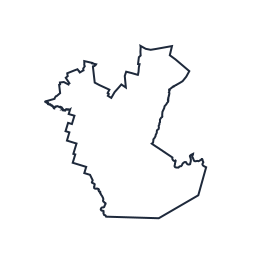 Lampazos de Naranjo, Nuevo León, Mexico, rotated 197°
{"feature_id": "50627088B62674122669839", "entity_name": "Lampazos de Naranjo", "entity_type": "district", "adm_level": 2, "iso_a3": "MEX", "parent_name": "Mexico", "parent_adm1": "Nuevo León", "projection": "natural_earth1", "projection_center": [-100.346, 27.012], "detail": "fine", "context": "isolated", "style": "outline", "palette": "slate", "viewbox_px": 256, "rotation_deg": 197, "n_neighbors": 0, "source": "geoboundaries", "source_scale": "gbopen_adm2", "svg_char_len": 5548}
<svg xmlns="http://www.w3.org/2000/svg" viewBox="0 0 256 256"><g transform="rotate(197 128 128)"><path d="M41.8,113.3L43.7,113.6L44.9,113.9L45.3,114.1L45.9,114.6L46.3,115.2L46.2,116.2L45.9,117.1L46.0,117.4L46.3,117.7L46.4,117.9L46.7,118.1L46.9,118.3L47.3,119.2L47.6,119.6L48.0,120.0L48.5,119.9L48.8,119.0L49.0,118.7L49.5,118.4L50.0,117.6L51.0,116.8L51.6,116.9L52.1,116.8L53.8,115.9L54.6,115.8L55.3,116.0L57.3,118.5L58.1,119.2L58.3,119.6L58.4,119.9L58.4,120.2L58.1,121.4L58.1,121.8L58.2,122.3L59.1,121.4L59.6,121.1L60.6,119.6L60.6,119.2L59.6,117.7L59.2,117.3L58.6,116.0L58.2,114.3L58.2,112.8L58.0,111.8L58.1,111.5L58.8,111.0L59.3,110.8L60.2,110.7L61.1,111.0L61.8,111.5L62.3,112.2L62.5,112.3L62.8,112.3L63.8,112.0L64.1,111.8L65.0,110.6L65.4,109.8L65.5,108.5L65.6,108.1L65.9,107.3L66.1,107.0L67.0,106.6L67.3,106.4L67.6,106.1L68.0,105.2L68.2,104.9L68.8,104.7L69.4,104.6L70.3,104.3L71.2,104.3L71.6,104.4L72.1,104.8L72.4,105.3L72.5,107.2L72.7,107.8L72.8,110.2L72.9,110.7L73.1,110.8L73.3,110.4L73.8,110.1L74.3,110.0L75.2,110.2L75.9,110.7L76.5,111.3L76.9,112.4L76.9,112.8L99.6,119.6L100.7,120.0L100.1,120.8L99.9,121.2L99.8,121.7L100.0,122.7L100.1,123.5L100.2,123.8L100.3,124.2L100.4,124.5L100.3,124.9L99.7,126.3L99.4,127.7L99.3,128.4L99.5,129.5L99.2,131.1L99.1,131.8L99.2,132.3L99.5,133.3L99.6,134.3L99.4,134.6L98.7,135.6L98.5,135.8L98.5,136.2L98.5,136.7L98.6,137.5L99.1,138.5L99.2,139.1L99.3,139.2L99.0,140.5L99.3,141.3L99.4,141.8L99.1,142.8L99.2,143.2L99.9,145.4L99.4,147.2L99.0,148.1L98.6,148.4L98.5,148.9L99.1,150.4L99.8,153.5L99.2,157.6L99.4,159.5L98.8,160.7L98.2,162.2L98.1,163.0L97.3,164.9L97.4,165.4L97.5,165.5L97.5,166.0L97.9,166.2L97.9,166.4L98.1,166.8L97.9,167.2L98.2,167.5L98.0,168.1L98.1,168.5L98.3,168.7L98.4,169.0L98.3,169.4L98.2,169.8L98.4,170.4L98.3,170.7L98.4,171.0L98.3,171.3L98.5,171.9L98.4,172.2L98.5,172.7L98.6,173.5L99.2,173.9L99.1,174.1L99.2,174.3L99.3,175.6L99.2,175.9L99.8,176.2L99.9,176.5L99.9,176.9L99.2,177.5L98.5,178.6L98.1,179.1L98.0,179.3L97.8,179.7L97.3,180.1L97.2,180.4L96.9,180.6L96.8,181.0L96.6,180.9L96.2,181.2L96.2,181.3L95.8,181.7L95.6,182.1L95.4,182.4L94.6,183.2L94.3,183.3L94.2,183.6L91.8,186.1L89.5,188.7L87.3,194.1L86.0,200.3L102.7,207.5L109.3,209.8L109.9,219.2L124.7,211.6L129.2,209.4L134.2,208.9L140.1,210.2L139.5,208.9L138.4,204.5L137.1,201.0L138.3,198.9L137.1,192.1L135.6,192.4L135.5,190.9L135.4,189.4L134.3,184.5L134.3,183.5L134.1,182.8L134.1,181.7L140.5,181.6L146.2,181.3L146.3,176.8L141.9,166.1L147.1,167.7L148.8,163.8L151.3,158.4L152.8,151.9L156.7,152.9L156.3,154.9L157.7,155.4L157.0,159.2L168.0,160.7L173.1,161.7L179.5,176.4L179.5,176.8L178.4,177.3L178.0,177.8L177.6,178.5L177.8,178.5L177.5,179.1L177.3,179.6L181.2,179.3L181.2,179.8L189.4,179.2L188.5,176.6L188.3,175.5L187.4,174.5L188.2,171.8L187.9,170.9L187.4,170.1L187.9,169.7L190.3,167.0L191.4,167.8L191.7,168.3L191.9,168.3L192.0,168.3L193.5,169.4L196.1,167.4L202.1,162.6L202.0,162.2L200.8,160.0L202.2,157.8L197.1,153.6L197.7,152.8L197.7,152.2L202.8,153.2L206.4,151.6L205.7,149.9L206.5,149.2L203.1,141.5L205.6,137.6L206.3,137.2L206.8,135.5L206.8,134.4L212.7,130.6L214.7,129.4L214.9,129.1L214.9,128.9L214.5,128.8L214.3,128.9L214.1,128.9L213.8,128.6L213.2,128.3L212.9,128.4L212.5,128.9L211.9,128.9L211.7,128.7L211.7,128.4L211.6,127.9L211.6,127.5L211.5,127.4L211.2,127.4L210.9,127.8L210.9,128.0L210.7,127.9L210.4,127.5L210.1,127.4L209.8,127.7L209.3,128.0L208.8,127.8L208.7,127.6L208.7,127.4L208.4,127.4L208.3,127.2L208.1,127.0L207.9,127.0L207.6,127.4L207.4,127.4L207.2,126.9L206.9,126.7L206.4,126.6L206.2,126.6L206.1,126.8L205.9,126.7L205.5,126.0L205.4,125.8L204.8,125.6L204.6,125.2L204.4,125.2L204.5,125.5L204.2,125.8L203.9,126.5L203.6,126.6L203.4,126.8L203.4,127.0L203.7,126.9L203.9,127.0L203.7,127.4L203.4,127.5L203.0,127.5L202.2,128.2L201.4,128.2L201.2,128.1L200.8,128.2L200.3,128.1L200.2,128.0L199.8,128.0L199.5,128.2L199.3,128.0L199.0,128.2L198.7,128.0L198.6,128.3L198.4,128.2L198.3,128.3L198.0,128.2L197.7,128.4L197.3,128.2L197.2,128.2L196.9,127.8L196.7,127.7L196.8,127.6L196.3,127.4L196.1,127.3L196.0,126.9L196.2,126.6L195.9,126.7L195.4,126.6L195.6,126.4L195.2,126.1L195.2,125.9L194.5,126.0L194.2,126.3L193.9,126.1L193.1,126.3L193.1,126.5L193.3,126.6L193.2,126.7L193.0,127.0L192.8,127.1L192.7,127.3L192.8,127.4L192.7,127.5L192.8,127.7L192.7,127.8L192.4,127.6L192.1,128.0L191.9,128.1L191.7,127.9L191.3,127.8L191.1,127.9L190.9,128.2L190.7,128.2L190.5,128.3L190.2,128.2L190.1,128.5L189.7,128.5L189.5,128.4L189.2,128.4L188.8,128.9L188.8,124.0L182.8,124.1L182.8,115.4L186.8,115.4L186.8,106.7L182.8,106.7L182.7,98.1L172.7,98.1L172.7,87.3L170.7,87.3L170.7,78.6L156.6,78.6L156.6,72.1L150.6,72.1L146.5,67.7L146.6,65.9L146.7,65.7L146.6,65.3L146.2,65.1L145.4,65.0L145.0,65.0L144.7,64.8L143.9,64.8L143.5,64.6L143.3,64.2L143.3,63.0L143.1,62.6L143.3,61.8L143.1,61.4L142.9,61.1L142.8,60.7L142.0,60.4L141.4,60.4L140.9,60.7L140.1,60.8L140.0,61.0L139.7,61.1L138.9,61.0L138.5,61.1L137.9,60.7L138.0,60.1L138.0,59.8L137.5,59.4L137.3,58.9L136.8,58.7L136.2,59.0L135.7,58.6L135.6,57.6L135.4,57.3L134.8,57.1L134.6,56.8L134.2,56.3L132.6,55.1L131.9,54.2L131.5,53.9L130.8,52.8L130.6,51.1L130.4,50.8L130.1,50.5L129.0,50.1L128.4,49.6L127.7,49.6L127.4,49.4L127.3,48.5L127.7,46.9L127.6,46.6L127.7,45.5L128.3,44.9L129.5,44.5L129.7,44.3L130.2,43.5L130.3,42.5L130.2,42.0L130.0,41.8L129.4,41.4L128.8,41.3L128.4,41.5L127.9,41.5L127.2,41.5L127.0,41.2L127.0,40.8L126.6,40.0L126.7,39.7L126.5,39.2L126.3,38.9L125.9,38.5L125.6,38.1L125.3,37.8L124.6,37.9L124.2,37.7L124.0,37.8L123.6,37.5L123.0,36.8L72.2,50.7L41.1,84.2L41.8,113.3Z" fill="none" stroke="#1e293b" stroke-width="2"/></g></svg>